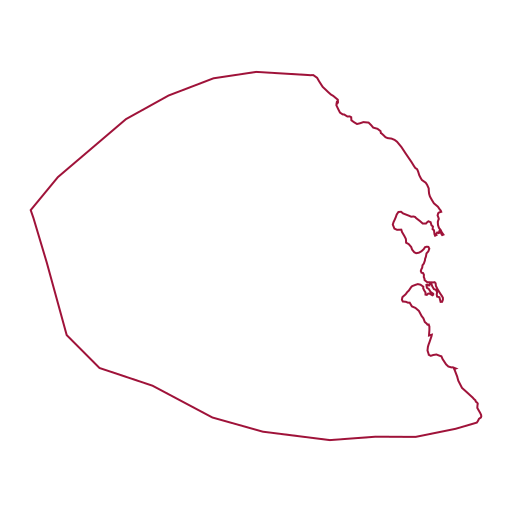 outline of Hurghada 2, Al Bahr al Ahmar, Egypt
{"feature_id": "37247803B98457599359411", "entity_name": "Hurghada 2", "entity_type": "district", "adm_level": 2, "iso_a3": "EGY", "parent_name": "Egypt", "parent_adm1": "Al Bahr al Ahmar", "projection": "mercator", "projection_center": [33.498, 27.742], "detail": "fine", "context": "isolated", "style": "outline", "palette": "rose", "viewbox_px": 512, "rotation_deg": 0, "n_neighbors": 0, "source": "geoboundaries", "source_scale": "gbopen_adm2", "svg_char_len": 3611}
<svg xmlns="http://www.w3.org/2000/svg" viewBox="0 0 512 512"><path d="M476.8,422.6L477.9,421.0L479.0,418.8L480.9,417.5L481.3,416.3L481.1,415.1L481.1,414.9L480.1,412.8L478.7,410.4L477.3,407.9L477.5,405.0L477.6,404.4L477.8,403.9L477.3,402.8L475.8,401.6L475.4,400.3L473.8,398.9L472.8,397.7L469.3,394.5L469.0,394.2L462.0,387.9L458.3,380.7L457.3,377.1L457.3,376.9L454.7,370.1L454.2,369.1L455.8,368.5L452.8,367.3L451.4,367.4L448.3,366.5L447.6,365.8L446.1,364.4L442.6,359.1L441.4,356.3L441.1,356.2L440.0,355.9L436.4,354.5L433.2,355.0L432.1,355.4L430.7,355.8L428.8,354.8L428.8,354.6L427.5,350.5L427.9,346.9L428.6,344.5L429.5,342.1L431.5,336.2L431.8,334.7L429.0,335.5L429.4,330.1L429.4,326.6L428.7,324.5L427.5,324.7L426.7,323.6L424.8,322.0L423.4,318.3L421.6,316.0L418.9,310.9L415.4,307.9L411.9,306.4L409.7,302.7L408.0,302.7L405.9,301.8L402.8,301.5L401.9,299.7L402.4,297.2L403.5,296.1L404.4,295.4L405.7,294.2L407.3,292.0L408.8,290.6L411.1,287.2L412.2,286.1L415.6,284.8L417.8,284.1L420.5,284.7L423.3,286.7L423.2,288.4L424.1,290.2L425.5,292.5L425.5,294.6L426.8,294.9L427.4,294.3L428.2,293.6L429.4,293.5L432.4,295.3L433.2,294.7L433.2,293.7L430.6,291.9L428.8,289.0L426.9,287.8L426.4,284.9L427.1,284.6L428.3,285.4L429.4,285.4L429.4,284.4L429.8,283.9L431.5,284.2L432.3,286.4L433.9,289.1L436.0,289.8L437.1,292.4L436.7,294.4L437.1,296.6L439.4,297.2L440.6,301.9L442.1,301.8L442.9,299.7L442.9,297.8L441.8,295.8L440.4,293.8L437.5,289.1L435.9,285.9L435.6,283.3L434.6,282.2L433.3,282.4L430.0,282.3L427.2,282.2L424.6,280.1L424.5,278.7L423.8,277.1L423.9,274.8L423.1,273.1L421.5,272.7L420.8,271.0L421.3,269.4L422.2,267.7L422.5,265.3L423.8,263.6L424.9,260.5L425.1,258.8L425.9,256.7L426.5,253.4L428.3,251.4L429.3,248.7L428.4,246.9L426.8,246.7L425.0,247.2L423.7,249.2L421.4,251.3L418.9,252.7L416.2,253.2L414.3,252.3L412.1,249.6L411.2,247.0L408.7,244.1L406.1,242.7L406.0,240.2L405.8,238.8L404.3,235.9L402.0,232.0L401.3,229.7L400.1,229.7L397.4,229.8L397.0,229.8L394.4,228.6L392.8,224.6L393.5,222.2L394.6,219.9L395.8,217.1L396.7,214.5L398.4,212.0L400.6,211.8L401.1,211.8L403.0,213.4L405.8,214.5L408.9,215.7L411.2,216.7L413.6,216.5L415.1,217.0L416.1,218.1L420.0,221.1L422.7,223.5L426.0,223.5L427.2,222.2L428.4,221.3L430.6,222.2L431.5,225.3L432.9,226.5L432.6,229.2L434.0,230.3L434.5,234.3L435.1,235.7L436.5,235.0L436.0,234.2L437.2,232.5L438.6,233.1L438.9,232.9L439.7,232.7L439.2,231.5L439.5,230.8L440.9,231.6L441.5,234.2L442.2,235.1L443.4,234.6L442.4,233.2L441.6,232.0L440.7,230.1L438.9,227.8L438.0,225.0L437.8,221.9L438.1,220.8L438.5,219.6L438.8,219.0L438.5,217.8L437.6,215.4L438.2,213.2L439.2,212.4L441.2,211.8L440.7,210.5L439.8,209.5L437.9,206.7L436.6,205.6L433.9,203.3L431.7,199.7L429.9,196.4L429.1,193.7L428.8,190.9L428.7,188.4L427.1,184.8L425.7,182.7L421.9,180.0L420.9,178.4L419.3,175.3L418.1,171.5L417.1,169.2L415.2,167.9L413.8,165.8L411.4,161.9L405.6,153.4L401.4,147.0L397.0,141.7L394.6,139.9L391.5,138.6L387.6,138.1L385.5,137.2L383.6,135.3L381.4,133.3L380.9,133.1L380.5,131.1L377.5,128.8L373.2,127.6L371.2,125.2L368.6,122.6L363.4,122.1L359.9,123.3L357.0,124.0L354.0,122.2L351.4,120.3L351.3,119.0L351.2,117.2L349.7,116.4L347.4,116.5L345.6,115.4L344.2,114.5L342.7,114.4L340.0,112.6L338.4,109.5L336.4,105.3L336.5,103.8L336.8,102.3L337.6,103.0L338.0,102.3L337.8,99.7L333.1,95.8L331.0,94.6L328.4,92.3L322.7,86.9L319.1,81.3L317.1,77.8L313.3,75.1L309.9,75.2L309.3,75.1L256.2,71.9L213.5,78.3L168.6,95.5L126.0,119.1L57.9,177.1L30.7,210.1L33.5,218.2L46.8,262.7L66.2,333.3L66.7,335.1L99.5,368.0L152.5,385.7L212.4,417.5L262.9,431.7L329.8,440.1L375.6,436.7L415.6,436.9L455.6,428.8L476.8,422.6Z" fill="none" stroke="#9f1239" stroke-width="2"/></svg>